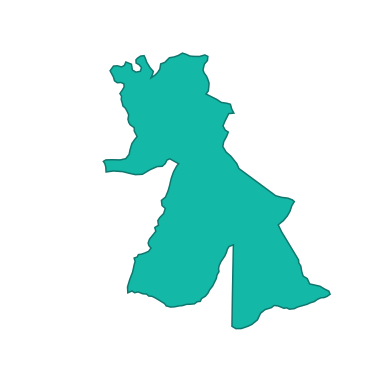 Joviânia, Goiás, Brazil (Natural Earth projection), rotated 250°
{"feature_id": "56859067B98474481427094", "entity_name": "Joviânia", "entity_type": "district", "adm_level": 2, "iso_a3": "BRA", "parent_name": "Brazil", "parent_adm1": "Goiás", "projection": "natural_earth1", "projection_center": [-49.597, -17.786], "detail": "fine", "context": "isolated", "style": "filled", "palette": "teal", "viewbox_px": 384, "rotation_deg": 250, "n_neighbors": 0, "source": "geoboundaries", "source_scale": "gbopen_adm2", "svg_char_len": 2865}
<svg xmlns="http://www.w3.org/2000/svg" viewBox="0 0 384 384"><g transform="rotate(250 192 192)"><path d="M269.1,158.6L262.9,159.4L260.3,155.2L258.0,152.0L252.7,148.1L248.9,145.8L246.0,141.2L246.7,135.5L249.7,127.8L251.6,122.1L251.1,119.2L248.4,119.8L244.8,119.5L240.2,118.1L238.6,125.4L234.8,133.9L231.0,139.5L227.7,144.7L225.6,151.4L227.3,160.3L227.8,168.1L226.3,172.8L227.9,176.6L230.6,179.5L230.8,182.5L223.1,189.1L221.6,186.5L217.3,181.6L212.1,177.3L205.5,173.0L201.5,170.1L196.3,165.4L194.6,160.4L189.5,159.2L185.7,161.3L181.4,157.9L179.0,153.0L176.8,150.1L172.2,149.1L171.4,144.9L167.4,144.5L162.2,135.9L159.0,133.3L156.3,133.2L153.3,134.3L151.1,130.9L150.8,127.0L150.9,123.0L151.5,120.2L149.7,118.3L149.7,115.0L146.1,114.8L143.9,113.1L137.2,108.9L131.1,103.6L124.8,98.9L119.2,97.2L119.5,101.7L116.9,103.7L116.6,107.1L113.2,110.9L111.6,114.4L109.0,115.8L107.7,118.7L105.0,121.3L101.7,124.0L99.0,126.1L96.5,128.1L93.8,128.8L91.1,132.7L90.0,136.7L89.4,140.8L88.5,144.2L88.3,148.5L87.1,152.1L86.1,156.0L87.1,159.5L86.4,162.3L88.6,164.6L89.5,169.0L91.5,172.4L94.1,175.2L96.5,179.1L102.4,185.3L105.5,187.1L107.9,190.1L110.8,190.7L113.5,192.3L116.6,195.3L120.7,201.0L123.6,203.8L126.3,205.8L128.1,208.2L128.2,212.8L78.9,193.8L52.1,183.6L48.6,186.5L46.8,191.7L46.7,198.8L47.1,203.0L49.5,209.8L54.6,214.9L56.5,220.4L56.2,227.1L57.3,230.3L55.6,233.8L51.3,238.6L50.8,241.3L48.6,243.4L47.4,248.1L47.8,252.1L47.1,261.8L47.4,265.0L47.2,269.4L48.2,273.2L48.5,276.9L47.6,280.0L47.7,283.1L48.7,286.8L52.0,286.7L55.6,283.3L59.7,280.0L65.4,271.1L71.2,270.7L74.9,267.7L79.7,267.9L85.1,268.9L89.0,268.1L91.7,268.9L118.3,263.7L123.7,262.6L131.7,261.8L133.8,268.0L136.8,273.2L140.3,277.4L145.2,281.3L148.0,284.9L150.2,283.7L153.4,280.1L156.3,274.4L159.9,269.3L198.0,244.1L203.3,243.8L212.2,240.8L217.9,237.7L224.2,236.5L228.4,239.0L232.6,243.7L235.9,246.6L238.8,244.4L243.5,243.7L247.3,247.2L253.1,253.3L251.8,258.3L256.2,257.7L261.3,258.1L263.4,255.2L266.2,250.1L270.2,247.2L279.3,238.7L281.4,241.9L286.2,244.3L288.6,245.3L293.2,245.4L295.9,245.2L299.6,244.1L302.9,244.1L307.8,247.2L310.3,251.5L314.0,253.3L316.4,250.9L316.8,245.4L318.9,239.9L320.5,236.5L323.3,233.7L325.8,230.5L325.0,226.0L325.0,221.5L325.9,216.7L324.4,213.5L323.1,210.9L323.1,206.4L318.5,203.8L316.0,200.5L314.5,197.3L313.3,192.6L316.4,195.4L318.5,196.9L323.1,195.1L329.5,193.8L333.5,193.9L336.5,193.6L337.3,190.2L336.5,186.8L335.3,184.5L332.3,183.6L329.7,185.8L326.2,187.1L323.1,184.7L323.8,180.3L327.1,177.7L332.8,178.8L336.8,174.3L334.1,171.8L333.6,168.6L336.1,165.1L337.2,161.3L334.0,156.5L331.1,156.9L327.0,157.5L323.0,157.2L320.2,159.2L319.2,162.7L316.9,165.0L313.9,164.1L312.0,161.9L309.1,157.9L306.2,158.6L303.1,157.1L299.4,156.9L296.5,156.5L293.4,158.1L290.1,158.6L286.1,158.9L282.3,156.7L278.8,156.4L276.3,156.9L272.2,159.7L269.1,158.6Z" fill="#14b8a6" stroke="#0f766e" stroke-width="1.5"/></g></svg>